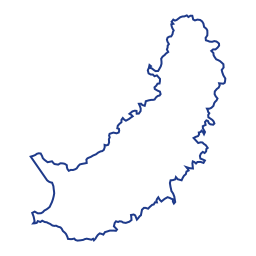 Boa Ventura de São Roque, Paraná, Brazil
{"feature_id": "56859067B13475080868698", "entity_name": "Boa Ventura de São Roque", "entity_type": "district", "adm_level": 2, "iso_a3": "BRA", "parent_name": "Brazil", "parent_adm1": "Paraná", "projection": "robinson", "projection_center": [-51.567, -24.83], "detail": "fine", "context": "isolated", "style": "outline", "palette": "blue", "viewbox_px": 256, "rotation_deg": 0, "n_neighbors": 0, "source": "geoboundaries", "source_scale": "gbopen_adm2", "svg_char_len": 4694}
<svg xmlns="http://www.w3.org/2000/svg" viewBox="0 0 256 256"><path d="M148.9,67.8L147.8,70.3L148.6,73.4L150.7,74.5L152.8,74.5L154.5,76.2L156.9,75.4L158.5,77.2L160.0,78.9L159.9,81.5L159.5,83.5L157.5,83.7L156.3,85.7L154.5,87.3L154.8,89.0L157.7,90.7L159.9,91.6L160.6,94.1L159.6,95.5L157.7,96.0L156.0,97.4L154.6,99.5L153.0,99.9L151.2,99.9L148.9,100.3L145.8,101.2L145.3,103.7L144.7,105.8L142.3,105.0L141.1,103.7L138.9,103.8L140.0,106.3L140.7,108.5L140.6,111.1L138.8,113.6L136.7,113.7L136.5,110.9L134.8,110.7L132.4,111.4L129.5,113.8L131.5,115.0L132.7,116.3L130.8,117.6L129.0,119.0L125.9,120.7L124.1,119.5L122.8,118.0L121.5,119.8L121.4,122.3L119.6,123.7L117.8,125.7L117.3,128.3L118.9,128.8L119.2,130.7L118.7,132.5L116.6,133.3L113.4,132.6L109.6,133.8L109.1,135.6L109.7,137.3L108.9,139.2L109.1,142.4L108.2,144.8L106.2,145.4L104.6,144.9L104.7,147.3L103.8,149.9L102.2,151.1L100.6,151.4L98.3,152.5L96.0,154.3L93.1,155.5L90.8,156.9L89.0,157.6L87.5,158.3L86.4,159.6L86.7,163.0L84.2,163.5L82.0,163.9L79.9,164.4L78.3,166.0L76.7,168.4L75.1,169.3L73.0,170.0L70.8,169.9L68.8,170.8L67.5,169.1L66.9,167.3L66.8,165.2L64.7,163.8L62.8,163.4L60.4,163.3L58.2,164.6L56.2,164.3L54.4,164.0L53.2,162.8L52.0,161.3L49.6,161.8L47.6,162.2L46.0,161.0L44.3,159.7L42.8,158.1L42.1,156.1L40.7,153.5L38.7,153.3L36.9,153.8L35.3,155.0L33.4,155.8L30.7,156.6L47.1,180.3L48.8,181.6L50.4,182.3L52.1,182.7L53.4,186.2L53.7,189.1L54.0,191.1L54.2,193.3L53.7,196.2L53.0,199.0L51.9,202.2L50.8,204.5L49.7,206.9L47.9,208.4L46.5,209.4L44.4,210.5L42.7,212.3L41.0,213.2L39.4,213.3L37.7,213.3L34.7,211.6L32.2,212.9L33.6,216.5L34.1,218.8L34.6,221.5L33.2,223.4L34.8,223.3L36.7,222.9L37.8,221.1L40.4,222.0L42.2,220.7L44.7,222.0L46.8,222.3L48.2,223.1L50.1,223.9L52.4,225.5L54.4,225.9L56.1,225.7L58.1,226.7L60.5,227.4L61.7,228.7L62.9,231.0L65.0,232.8L66.1,234.1L67.4,236.9L68.0,238.9L70.1,239.1L72.0,239.1L74.3,238.6L75.5,240.0L77.5,240.6L80.4,240.3L83.1,239.9L84.9,239.1L86.7,238.7L89.2,239.2L91.4,239.7L93.1,238.8L93.9,240.3L95.5,238.6L96.4,237.0L97.8,235.0L99.7,233.4L101.9,234.0L103.3,234.6L105.0,232.1L107.4,231.4L109.8,230.6L113.8,230.6L116.0,230.8L117.0,229.5L115.3,227.7L113.9,226.3L114.7,223.0L116.0,221.3L118.1,222.0L119.5,221.3L121.6,221.5L123.1,222.5L125.8,222.9L129.4,221.7L131.5,220.0L131.3,217.1L131.0,215.0L133.7,214.5L135.2,215.4L136.9,219.6L138.0,218.4L139.7,216.2L140.9,215.3L141.4,212.7L142.0,209.7L143.9,207.9L145.7,207.9L148.1,208.7L149.7,207.0L152.2,204.8L153.7,204.5L155.0,202.3L156.9,202.4L156.4,200.6L157.1,198.9L158.3,197.3L159.6,199.6L161.4,201.5L164.6,198.9L167.6,197.2L169.9,198.0L171.4,198.8L172.9,199.3L172.9,201.6L173.9,203.5L175.2,202.0L174.7,199.1L174.3,196.6L173.1,193.5L171.4,191.0L171.0,188.9L170.5,186.8L169.9,183.0L170.6,180.3L173.0,180.1L175.3,179.3L175.9,177.1L177.8,179.3L179.4,179.7L181.6,180.3L182.8,177.7L184.0,175.7L185.8,174.2L186.5,171.5L188.6,170.5L187.7,168.8L186.3,167.1L189.7,168.2L192.9,168.5L192.4,163.3L192.8,161.4L194.3,162.0L196.0,163.5L197.4,162.0L200.5,161.9L203.5,162.9L204.9,160.5L202.8,159.5L200.4,158.6L199.9,155.9L200.9,153.6L202.8,151.9L204.6,153.0L206.1,151.4L206.4,148.9L207.7,147.9L205.8,145.2L203.6,143.7L202.5,142.5L200.7,142.3L198.2,143.0L194.9,139.4L193.6,138.0L195.6,136.9L198.0,136.1L199.1,134.4L198.8,132.5L200.5,132.1L201.5,130.7L202.9,132.0L204.0,134.2L205.0,132.0L204.0,130.3L202.9,128.4L202.8,126.2L205.6,124.9L205.0,122.0L206.4,120.4L207.9,120.9L208.9,123.2L210.3,124.3L213.2,124.7L214.4,123.5L213.6,121.4L212.3,119.9L210.4,118.6L208.4,117.3L208.2,115.0L209.3,113.2L208.2,112.0L207.8,110.3L207.0,108.7L209.4,108.7L211.4,107.8L213.4,105.9L214.2,103.2L215.1,101.8L216.5,100.5L217.5,98.5L215.7,96.3L214.6,94.1L214.8,91.4L216.8,89.0L218.7,87.6L219.7,85.3L219.1,83.3L221.2,83.5L223.3,83.7L224.7,82.8L225.1,80.9L225.3,78.5L223.4,75.4L222.3,72.4L221.7,70.0L223.6,67.5L223.4,64.2L221.8,62.7L220.0,61.1L218.1,60.1L216.2,59.3L214.4,56.7L213.6,55.2L213.4,53.0L211.3,50.9L213.1,49.4L215.5,49.4L217.6,47.6L219.1,45.6L219.0,43.6L217.7,42.4L216.4,41.5L214.3,41.1L212.1,41.8L209.5,41.6L207.9,40.9L205.9,40.3L205.6,37.9L207.3,35.4L207.4,32.9L207.3,30.4L206.3,28.7L204.1,26.9L203.4,23.5L202.1,21.4L200.2,20.0L197.5,19.6L194.9,20.4L193.2,19.5L192.3,15.8L190.5,15.7L188.4,17.0L186.8,15.4L184.4,16.4L182.4,16.5L180.3,17.2L176.6,20.0L174.9,20.6L173.3,19.6L171.6,21.8L173.3,23.8L171.3,24.3L171.7,26.4L172.5,28.5L173.7,30.4L172.9,32.0L172.5,34.2L171.2,36.4L169.4,36.6L167.6,37.6L166.9,39.6L167.5,41.7L168.9,44.1L167.7,45.6L167.6,47.6L166.9,49.4L168.2,52.0L165.9,53.6L164.7,55.0L162.6,56.6L161.2,58.7L161.5,61.9L161.5,63.8L160.7,66.5L159.4,68.8L158.1,71.0L155.5,71.1L153.9,70.0L151.5,68.2L148.9,67.8ZM148.9,67.8L150.9,66.1L149.5,65.0L148.9,67.8Z" fill="none" stroke="#1e3a8a" stroke-width="2"/></svg>